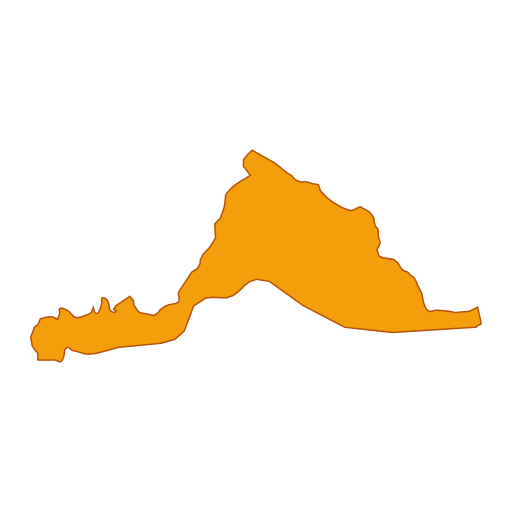 the District of Geylegphug
{"feature_id": "BTN-2482", "entity_name": "Geylegphug", "entity_type": "District", "adm_level": 1, "iso_a3": "BTN", "parent_name": "Bhutan", "parent_adm1": "", "projection": "orthographic", "projection_center": [90.239, 26.953], "detail": "fine", "context": "isolated", "style": "filled", "palette": "amber", "viewbox_px": 512, "rotation_deg": 0, "n_neighbors": 0, "source": "natural_earth", "source_scale": "10m", "svg_char_len": 2580}
<svg xmlns="http://www.w3.org/2000/svg" viewBox="0 0 512 512"><path d="M76.0,351.2L73.1,350.7L71.7,350.0L68.7,347.4L67.2,347.3L65.3,348.9L64.5,351.0L64.4,352.9L64.2,353.8L64.2,354.7L63.6,357.1L62.5,359.8L60.7,361.8L59.3,361.8L55.8,360.3L54.3,360.0L39.6,360.1L37.6,359.8L37.6,359.7L37.8,358.1L37.9,353.8L37.2,352.3L35.0,350.0L32.2,345.8L30.7,337.1L34.5,327.1L37.8,324.8L40.4,318.8L47.0,317.1L48.8,316.8L51.4,316.8L52.9,317.0L57.7,319.3L58.4,316.9L59.0,315.8L59.5,314.2L59.7,312.4L59.3,309.1L60.4,308.2L62.6,308.2L67.4,310.3L69.9,312.4L73.6,316.4L76.2,317.6L79.6,317.5L89.2,313.9L91.3,312.7L93.3,307.5L93.9,309.7L94.1,310.7L94.5,311.9L95.2,312.8L96.2,313.5L97.5,313.2L98.8,312.0L100.3,308.7L101.3,305.2L101.7,302.2L101.6,298.5L102.5,297.5L104.1,297.7L107.2,300.2L108.4,303.0L109.2,306.1L109.5,308.9L110.3,310.7L112.1,311.9L114.1,312.4L115.7,312.1L116.0,310.6L115.2,310.5L114.4,309.9L113.5,309.2L114.9,307.2L116.3,305.5L129.9,296.3L133.3,300.4L133.9,305.2L138.0,311.2L140.3,312.8L145.3,313.7L153.6,315.4L156.5,314.0L158.6,312.0L160.3,309.6L165.0,306.3L168.8,304.8L175.4,303.5L177.8,302.5L179.1,300.9L179.1,298.0L179.0,296.9L178.8,296.0L178.4,294.9L178.3,293.6L178.6,292.1L191.7,272.2L197.5,268.4L200.1,263.8L200.4,259.6L203.4,254.0L209.7,247.4L215.5,238.0L214.8,223.9L220.5,218.0L224.0,207.9L224.8,203.9L225.6,195.7L226.7,193.1L231.9,187.6L234.8,185.2L240.6,181.1L245.0,178.8L250.3,175.2L243.4,166.2L243.5,159.8L246.9,155.4L252.1,150.2L275.3,163.3L287.2,173.0L291.9,175.9L294.7,179.2L296.9,180.5L298.6,181.3L300.2,181.8L301.7,182.0L303.3,181.8L305.5,181.8L307.5,182.1L313.0,183.9L318.4,184.6L320.6,191.1L327.2,197.8L333.3,202.6L342.7,207.8L348.1,209.9L350.2,210.5L352.1,210.5L354.0,209.8L357.0,208.1L360.2,206.8L368.8,211.4L372.1,215.3L373.8,217.9L374.3,222.3L375.2,225.9L377.4,228.5L378.2,230.7L378.2,235.0L378.6,237.4L379.6,240.7L380.0,242.6L379.2,245.8L377.0,249.3L378.8,255.8L382.2,257.6L393.2,259.3L395.1,260.5L397.6,262.7L400.6,267.5L403.0,270.2L404.6,271.2L406.7,271.6L408.3,272.7L410.3,275.1L413.8,277.3L416.5,282.1L417.3,284.8L421.2,292.2L422.0,294.3L423.6,303.0L425.9,308.4L428.0,310.6L430.1,311.6L436.3,310.1L449.9,311.4L453.3,312.2L455.2,312.5L468.7,311.4L470.0,311.0L471.4,310.2L477.6,307.2L481.3,323.6L480.4,324.4L479.4,325.0L477.1,325.7L476.4,327.1L392.6,332.5L344.9,327.3L303.3,305.7L269.2,281.3L256.7,279.3L249.3,281.8L244.0,286.0L239.1,291.0L233.0,295.6L226.2,297.9L212.6,297.4L205.9,298.0L193.6,306.0L184.3,330.9L175.0,339.3L161.0,343.3L119.0,347.3L95.7,353.5L87.7,354.2L83.9,353.6L76.4,351.3L76.0,351.2Z" fill="#f59e0b" stroke="#b45309" stroke-width="1.5"/></svg>